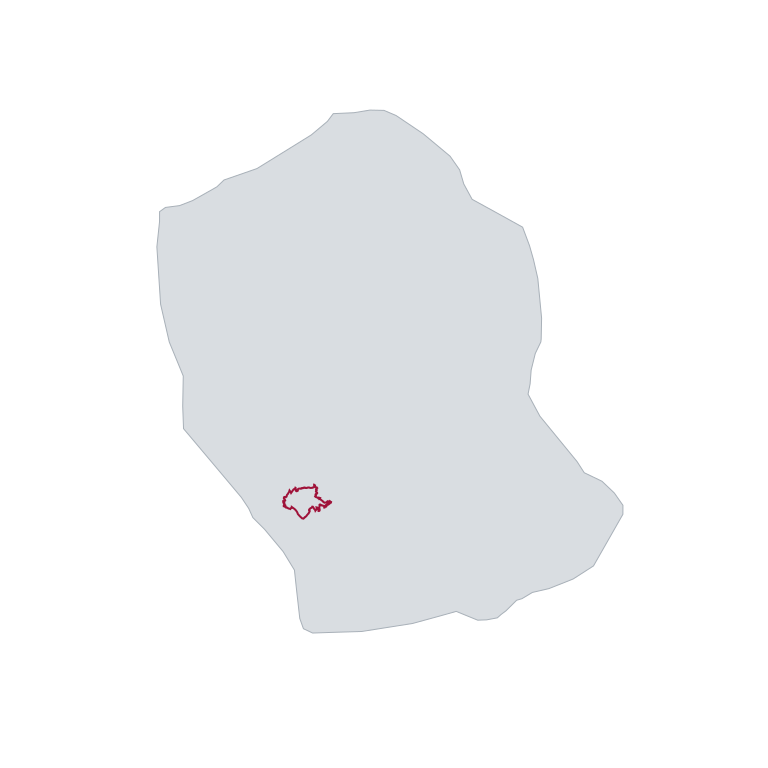 location of Mohlakeng, Maseru, Lesotho, rotated 289°
{"feature_id": "5366337B47747757162469", "entity_name": "Mohlakeng", "entity_type": "district", "adm_level": 2, "iso_a3": "LSO", "parent_name": "Lesotho", "parent_adm1": "Maseru", "projection": "robinson", "projection_center": [27.612, -29.479], "detail": "fine", "context": "in_parent", "style": "outline", "palette": "rose", "viewbox_px": 768, "rotation_deg": 289, "n_neighbors": 0, "source": "geoboundaries", "source_scale": "gbopen_adm2", "svg_char_len": 6648}
<svg xmlns="http://www.w3.org/2000/svg" viewBox="0 0 768 768"><g transform="rotate(289 384 384)"><path d="M497.5,511.6L477.6,518.0L474.8,518.6L462.1,517.1L445.1,518.6L431.7,522.1L421.3,523.5L404.3,541.9L373.5,591.8L365.3,602.2L363.0,621.8L355.9,637.3L347.1,649.4L338.6,652.3L313.0,647.5L280.2,641.3L261.2,626.3L244.2,606.5L235.2,592.1L225.9,584.3L222.7,579.8L209.3,573.2L204.3,569.8L199.8,567.3L194.4,557.8L191.2,549.5L192.5,526.3L183.0,512.6L166.9,489.0L156.7,469.8L142.7,443.4L134.2,420.9L125.3,397.6L126.4,387.5L134.9,380.7L159.7,368.9L178.9,359.9L192.7,343.2L207.7,318.4L215.0,303.5L222.3,296.6L230.3,286.1L244.3,262.8L259.8,236.9L276.5,209.0L297.5,200.9L326.2,191.6L353.8,167.3L386.7,146.8L439.7,124.6L464.5,118.9L473.9,115.7L479.8,119.9L486.1,132.6L495.1,143.3L516.0,161.8L524.8,166.3L546.3,193.7L569.4,212.6L595.9,234.2L613.9,245.0L623.1,248.0L630.7,267.2L638.4,281.5L642.7,294.9L641.8,307.9L633.3,339.7L620.9,372.3L611.1,385.8L599.1,394.3L587.3,407.2L582.8,433.3L577.4,464.0L562.1,476.6L550.2,484.9L533.8,495.1L497.5,511.6Z" fill="#d9dde1" stroke="#a8b0b8" stroke-width="1"/><path d="M266.0,350.7L265.8,350.7L265.4,351.0L265.2,351.2L264.8,351.2L264.5,351.5L264.2,351.5L263.9,351.6L263.5,351.3L263.2,351.0L263.1,350.6L262.9,350.4L262.8,350.1L262.6,350.0L262.3,349.8L262.2,349.4L262.2,349.2L261.9,348.6L261.7,348.1L261.8,347.2L261.6,347.0L261.6,346.7L261.6,346.3L261.4,346.0L261.1,345.3L260.9,345.3L260.5,344.8L260.3,344.3L260.2,344.0L260.2,343.8L260.1,343.6L260.1,343.4L260.3,343.2L260.1,342.6L260.2,342.3L260.0,342.0L259.9,341.9L259.6,341.9L259.5,341.5L259.1,341.3L258.9,341.1L258.9,340.8L258.9,340.6L259.0,340.4L258.9,340.2L258.5,339.9L258.4,339.7L258.2,339.7L258.0,339.3L257.9,339.3L257.9,339.2L257.8,338.9L257.6,338.2L257.5,337.8L257.4,337.6L257.1,337.3L256.9,337.2L256.7,337.1L256.5,336.9L256.4,336.9L256.3,336.7L256.1,336.6L255.9,336.8L255.7,337.0L255.6,336.9L255.4,336.7L255.2,336.8L255.1,336.7L255.0,336.8L254.9,336.9L254.8,337.0L254.7,336.9L254.4,336.7L254.3,336.4L254.1,336.1L254.2,335.8L254.5,335.7L254.5,335.4L254.7,335.1L254.9,335.1L255.0,335.0L255.4,334.9L255.7,334.8L255.9,334.4L256.1,334.4L256.3,334.3L256.5,334.3L256.9,334.3L257.0,334.0L256.2,334.0L255.5,333.3L254.7,332.7L253.8,332.5L253.3,332.3L252.3,332.1L251.8,331.9L250.7,331.6L250.9,331.4L252.0,330.3L252.3,329.7L252.6,329.3L252.3,329.3L252.0,329.5L251.8,329.5L251.6,329.5L250.0,329.1L249.3,329.0L248.7,328.9L248.3,328.7L248.0,328.5L247.5,328.4L246.8,328.4L246.6,328.4L246.4,328.5L245.8,328.5L245.4,328.0L245.2,328.0L245.2,327.7L244.8,326.7L244.6,326.7L244.2,326.3L243.5,326.5L243.6,326.8L243.4,326.9L243.1,326.9L243.0,327.2L242.8,327.6L242.7,327.7L242.3,327.5L242.2,327.6L241.7,328.1L241.8,328.3L241.7,328.4L241.6,328.5L241.3,328.3L241.2,328.2L241.2,327.8L241.2,327.7L240.9,327.6L240.6,327.1L240.4,326.8L240.2,326.9L240.1,327.3L240.4,327.5L240.4,327.9L240.3,328.0L240.2,328.0L240.0,327.9L239.8,327.8L239.7,327.7L239.5,327.3L239.1,327.4L239.0,327.6L239.0,328.1L239.0,328.3L238.9,328.6L238.5,328.4L238.3,328.3L238.2,328.3L237.9,328.5L237.5,329.2L237.4,329.6L237.3,330.0L237.2,330.2L236.9,330.1L236.8,329.7L237.0,329.4L236.9,329.3L236.5,328.9L236.3,328.8L235.8,329.0L235.9,329.4L235.7,329.9L235.8,330.2L235.9,330.3L235.8,330.6L235.7,330.7L235.6,330.8L235.6,331.1L235.6,331.4L235.4,331.6L235.7,331.9L235.6,332.1L235.4,332.2L235.5,332.4L235.6,332.6L235.5,333.0L235.3,333.5L235.2,333.9L235.3,334.2L235.2,334.4L235.2,334.7L235.2,334.9L235.3,335.1L235.3,335.6L235.3,335.9L235.3,336.1L235.5,336.1L235.8,336.1L236.3,336.4L236.4,336.6L236.7,336.7L236.8,337.0L237.0,336.9L237.3,336.9L237.7,336.8L236.7,340.1L235.8,341.9L235.3,342.6L234.8,343.3L234.2,344.0L233.7,344.3L233.1,344.8L232.6,345.6L231.4,347.8L230.8,349.2L230.3,350.3L230.5,351.7L231.0,351.8L231.5,352.3L232.2,352.4L232.4,352.5L232.6,352.9L232.9,353.1L233.4,353.3L234.1,353.7L234.7,353.8L236.2,354.4L236.7,354.6L237.1,354.9L237.5,354.8L237.9,354.9L238.7,355.1L239.3,355.2L239.7,354.9L240.0,354.9L240.1,354.7L240.1,354.3L240.7,354.1L241.3,354.2L241.7,354.6L242.3,354.7L242.5,354.9L242.7,355.0L243.0,355.4L243.3,355.7L243.6,355.9L244.7,356.1L244.8,356.7L244.6,356.9L244.4,357.0L244.3,357.4L244.1,357.7L243.8,357.8L243.2,358.6L243.0,358.9L243.0,359.2L242.8,359.4L242.8,359.6L242.5,359.8L242.5,360.0L241.9,360.4L242.2,360.5L242.5,360.4L242.5,360.6L242.9,360.8L243.3,360.9L243.5,361.1L244.4,361.1L244.7,361.0L244.9,360.9L245.0,360.7L245.4,360.4L245.5,360.9L245.2,361.6L244.8,362.2L244.4,362.4L244.1,362.8L243.3,363.2L243.0,363.3L242.6,363.4L242.6,363.6L242.8,363.9L243.0,363.9L243.1,364.2L243.4,364.3L243.9,364.2L244.3,364.0L244.5,364.0L244.9,363.8L245.1,363.5L245.5,363.3L245.5,363.1L246.1,362.7L246.7,363.0L247.1,363.0L247.7,362.8L248.5,362.4L248.8,362.3L249.0,362.4L249.3,362.7L249.2,363.1L249.2,363.6L249.0,363.9L248.9,364.5L249.1,364.7L249.0,365.0L249.1,365.3L249.0,365.5L249.0,366.0L249.1,366.3L249.3,366.7L249.3,366.9L249.3,367.1L248.6,367.4L247.7,367.7L247.8,368.0L248.1,368.0L248.3,368.0L248.7,368.2L248.7,368.4L249.0,369.0L249.3,369.3L249.5,369.4L249.8,369.2L250.1,369.1L250.0,368.9L250.4,368.7L250.6,368.8L250.7,369.0L250.8,368.9L250.9,369.1L251.1,369.1L251.2,369.4L251.9,370.4L251.9,370.7L252.6,371.0L252.8,371.1L252.9,371.3L253.1,371.3L253.3,371.4L253.6,371.6L253.7,371.8L254.2,372.0L254.6,372.5L255.2,372.4L255.2,372.0L255.4,371.5L255.1,371.4L255.1,371.1L255.3,370.7L255.1,370.7L254.9,370.8L254.7,370.8L254.6,370.5L254.6,370.3L254.4,370.3L254.1,370.5L254.0,370.4L254.1,370.2L254.1,369.9L254.3,369.7L254.5,369.3L254.6,369.1L254.8,368.9L254.7,368.8L254.2,368.9L254.1,368.7L253.9,368.8L253.7,369.1L253.3,369.1L253.2,369.1L253.0,368.8L253.3,368.3L253.3,368.1L253.2,367.9L252.4,366.5L252.5,365.8L252.6,365.7L252.6,365.4L252.8,365.2L252.8,364.9L252.9,364.7L253.1,364.5L253.3,364.2L253.5,363.8L253.5,363.4L253.6,363.1L253.7,362.7L253.8,362.6L254.1,362.0L254.2,361.7L254.1,361.4L254.3,360.9L254.5,360.8L254.4,360.6L255.4,360.7L255.3,359.9L255.4,359.6L255.3,359.1L255.0,358.9L254.9,358.8L254.7,358.7L254.9,358.3L254.9,357.7L255.0,357.3L255.0,357.0L254.9,356.7L255.0,356.2L255.1,355.8L255.2,355.6L255.4,355.7L255.6,355.8L256.1,355.9L256.3,355.9L256.8,355.9L256.6,355.7L256.4,355.6L256.5,355.4L256.8,355.4L257.1,355.4L257.4,355.2L257.9,355.4L258.5,356.0L258.7,356.3L259.0,356.4L259.4,356.2L259.4,355.9L260.0,354.8L260.2,354.6L260.5,354.6L260.6,354.8L260.8,355.0L261.6,355.0L261.8,354.9L261.9,354.7L261.7,354.5L261.8,354.2L262.0,354.1L262.3,354.3L262.7,354.6L263.2,354.5L263.4,354.4L263.9,354.7L264.1,354.4L263.9,354.3L263.7,354.0L263.7,353.6L263.9,353.5L264.2,353.1L264.7,352.5L265.0,352.2L265.1,351.9L265.3,351.7L265.6,351.7L265.6,351.3L265.9,351.1L266.0,350.7Z" fill="none" stroke="#9f1239" stroke-width="2"/></g></svg>